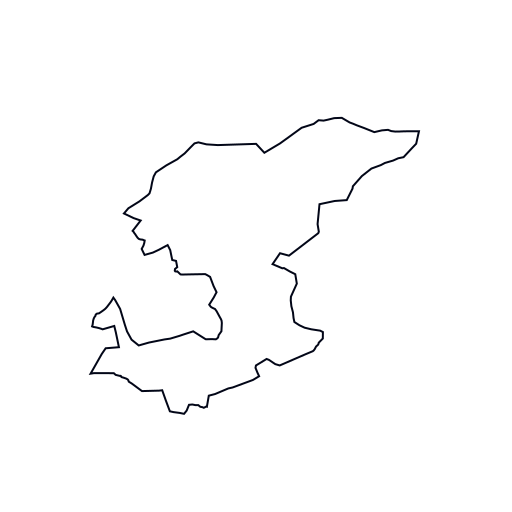 the district of Mani, Katsina, Nigeria, rotated 71°
{"feature_id": "59680162B59976260592487", "entity_name": "Mani", "entity_type": "district", "adm_level": 2, "iso_a3": "NGA", "parent_name": "Nigeria", "parent_adm1": "Katsina", "projection": "equal_earth", "projection_center": [7.952, 12.901], "detail": "fine", "context": "isolated", "style": "outline", "palette": "ink", "viewbox_px": 512, "rotation_deg": 71, "n_neighbors": 0, "source": "geoboundaries", "source_scale": "gbopen_adm2", "svg_char_len": 3091}
<svg xmlns="http://www.w3.org/2000/svg" viewBox="0 0 512 512"><g transform="rotate(71 256 256)"><path d="M202.0,68.0L191.1,61.3L188.2,69.7L186.2,75.8L185.1,79.5L183.7,83.8L181.9,87.5L179.7,90.1L178.2,96.1L177.4,103.8L170.3,112.0L165.2,118.2L162.5,121.2L160.2,124.0L153.3,129.9L151.1,137.2L150.5,143.8L150.0,148.0L148.0,152.6L149.9,158.5L149.6,171.1L156.1,192.4L157.4,196.7L161.1,214.5L150.0,219.4L147.4,227.8L138.7,256.0L134.3,266.5L129.8,273.5L129.5,277.5L132.0,282.6L135.8,290.1L137.5,295.2L138.9,298.9L141.1,311.2L144.3,323.4L147.4,326.8L152.6,330.3L158.1,333.4L162.1,336.3L163.1,338.3L166.4,348.4L169.3,361.1L172.8,367.0L180.3,359.4L184.9,353.5L192.1,364.5L193.3,363.9L194.7,363.6L196.1,363.1L197.8,362.7L198.8,362.4L200.0,362.1L201.4,361.4L201.9,361.0L202.7,359.9L203.3,358.6L203.7,357.8L204.5,357.0L205.1,356.2L207.3,357.4L209.5,359.0L212.1,361.8L218.7,361.0L219.2,352.4L218.5,345.9L216.9,336.0L222.5,335.2L232.5,336.5L234.6,333.2L240.9,334.1L241.9,336.8L242.9,337.3L243.5,337.6L244.2,337.4L244.8,336.4L244.9,335.4L248.8,333.4L249.4,332.1L249.9,330.6L252.4,322.8L256.6,309.9L258.2,308.4L260.8,306.2L270.6,305.9L277.4,305.1L281.5,309.5L286.8,316.1L289.3,315.3L290.7,314.2L292.8,312.0L295.5,311.2L302.1,310.1L304.2,309.7L305.9,309.6L308.2,310.1L315.9,313.2L318.6,317.0L320.7,318.4L321.3,319.5L321.7,321.1L320.2,324.8L318.8,329.3L318.3,330.7L306.8,339.9L306.6,350.8L306.6,354.3L306.2,364.0L305.1,369.7L303.0,385.3L302.4,396.0L294.6,400.9L285.3,402.5L278.5,402.4L261.8,401.7L251.9,403.5L248.9,404.4L251.1,406.9L252.4,408.6L254.0,411.0L255.6,413.4L256.6,415.2L257.0,416.1L257.6,417.8L258.1,419.5L258.4,420.5L259.1,423.1L258.7,425.2L259.2,426.6L260.4,427.4L261.0,428.4L262.2,429.7L264.0,431.0L265.9,431.9L267.7,432.8L269.2,433.9L270.2,432.7L271.6,430.2L273.0,428.0L274.6,425.8L275.4,424.9L276.0,412.8L282.6,413.4L297.6,415.3L294.3,428.2L298.4,433.7L313.4,450.7L314.0,447.3L320.5,428.6L321.6,428.0L322.7,427.4L325.1,423.7L325.1,423.3L325.2,423.1L325.4,422.9L325.6,422.8L326.0,422.7L326.7,422.6L327.8,421.0L329.6,418.7L330.8,417.6L331.8,417.2L333.4,417.2L336.1,415.0L346.6,407.8L351.2,393.2L351.7,391.7L352.4,388.4L363.1,388.3L374.8,388.0L376.7,384.9L379.5,379.3L381.8,375.4L379.6,371.9L374.9,367.8L375.7,364.5L377.3,361.8L378.2,359.1L380.4,357.8L381.6,355.7L382.4,355.0L382.5,354.4L382.1,352.0L382.5,351.5L372.7,346.1L373.2,339.6L372.2,325.3L372.7,320.9L372.3,303.2L372.2,299.2L370.7,292.2L366.8,292.6L361.6,292.9L360.4,292.2L359.5,291.7L356.8,279.5L358.4,277.6L364.5,273.0L367.2,269.2L365.0,240.9L364.5,233.3L364.1,232.2L363.1,230.7L362.1,229.7L361.1,228.6L360.2,226.4L359.4,225.5L358.4,224.9L355.8,219.7L349.7,217.5L347.5,219.6L343.3,227.6L339.6,233.4L335.6,237.5L330.9,241.2L326.9,240.7L321.3,239.4L315.0,238.9L309.3,237.6L305.8,236.2L295.4,226.4L286.0,224.8L281.6,229.1L276.5,233.5L276.2,235.1L269.1,243.0L261.2,232.4L266.4,224.7L254.7,189.7L253.5,188.7L245.9,187.4L227.7,179.1L229.6,163.7L232.7,152.0L223.7,142.8L221.6,141.7L214.9,129.9L210.9,118.4L210.7,108.4L210.0,103.8L210.4,95.3L209.9,89.7L210.6,84.3L205.0,73.8L202.0,68.0Z" fill="none" stroke="#020617" stroke-width="2"/></g></svg>